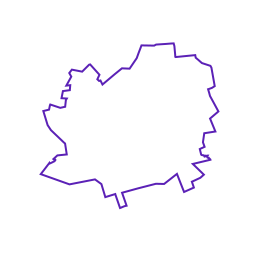 the district of Villa Hidalgo, Sonora, Mexico, rotated 255°
{"feature_id": "50627088B23816586948546", "entity_name": "Villa Hidalgo", "entity_type": "district", "adm_level": 2, "iso_a3": "MEX", "parent_name": "Mexico", "parent_adm1": "Sonora", "projection": "equal_earth", "projection_center": [-109.382, 30.253], "detail": "fine", "context": "isolated", "style": "outline", "palette": "violet", "viewbox_px": 256, "rotation_deg": 255, "n_neighbors": 0, "source": "geoboundaries", "source_scale": "gbopen_adm2", "svg_char_len": 2140}
<svg xmlns="http://www.w3.org/2000/svg" viewBox="0 0 256 256"><g transform="rotate(255 128 128)"><path d="M181.0,211.8L184.2,192.4L184.5,192.1L186.4,192.5L195.1,194.0L195.9,194.0L197.7,194.0L197.9,194.0L198.4,191.7L199.5,185.8L201.3,176.8L201.3,176.6L200.8,174.6L202.9,167.3L204.3,162.4L200.8,159.9L198.2,158.0L193.2,154.5L189.5,150.2L184.9,144.9L187.2,137.6L183.4,129.1L176.6,114.6L181.0,113.7L180.9,112.3L183.0,111.0L186.1,113.6L186.8,114.2L199.2,107.9L199.2,106.8L194.3,98.3L198.9,88.9L196.3,85.5L192.3,86.5L184.9,79.4L184.3,83.3L179.6,81.6L180.5,74.7L174.0,71.5L172.3,76.5L171.0,75.2L164.8,72.8L165.0,67.8L170.8,59.0L170.2,58.5L166.2,56.5L166.3,50.6L151.6,51.1L145.9,53.0L130.6,62.3L129.3,63.2L118.3,62.0L119.8,52.7L117.3,47.9L117.0,48.1L116.8,48.4L116.7,48.7L116.6,48.8L116.6,49.1L116.5,49.3L116.4,49.4L116.2,49.6L115.9,49.6L115.7,49.4L115.5,49.1L115.3,48.9L115.1,48.6L115.0,48.4L114.9,48.3L114.7,47.1L114.5,46.3L114.3,45.3L113.9,42.9L114.5,42.9L106.0,31.8L88.7,56.9L87.5,74.2L86.9,82.8L80.7,87.8L67.1,88.2L67.5,98.6L66.8,98.6L52.8,99.6L53.4,104.5L53.3,106.5L54.8,106.4L67.0,105.5L67.1,121.0L67.1,122.4L66.9,140.5L64.6,148.4L71.0,163.4L60.3,164.6L51.7,165.6L53.4,176.2L59.6,175.8L60.0,178.3L61.2,185.0L63.3,189.2L76.5,181.3L76.0,199.4L76.3,199.4L76.5,199.3L76.6,199.1L76.7,198.9L77.0,198.8L77.3,198.8L77.4,198.7L77.5,198.6L77.6,198.4L77.9,198.3L78.1,198.3L78.1,198.2L78.3,197.9L78.5,197.8L78.6,197.5L78.7,197.3L78.9,197.1L79.1,197.0L79.4,197.0L79.7,197.1L80.0,197.3L80.3,197.4L80.5,197.6L80.7,197.8L80.8,197.4L80.8,197.2L80.7,196.9L80.7,196.7L80.8,196.4L80.9,196.2L81.0,196.1L80.9,196.0L80.8,195.9L80.7,195.7L80.6,195.3L80.6,195.0L80.5,194.8L80.5,194.6L80.7,194.4L81.0,194.4L81.3,194.5L81.5,194.6L81.7,194.4L81.8,194.3L81.9,194.2L82.1,193.9L82.2,193.7L82.3,193.3L82.4,193.0L82.5,192.9L82.6,192.6L82.7,192.4L82.8,192.3L82.9,192.1L83.1,191.9L83.5,191.8L89.1,191.9L90.0,197.1L94.8,196.7L103.2,200.3L102.0,211.5L115.9,209.7L120.6,219.6L130.7,217.2L137.7,215.5L141.0,215.5L144.7,215.4L144.7,215.7L145.0,219.4L146.0,222.6L164.7,224.2L166.7,223.7L171.6,216.2L178.4,211.6L181.0,211.8Z" fill="none" stroke="#5b21b6" stroke-width="2"/></g></svg>